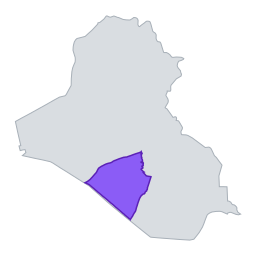 Al-Najaf, An-Najaf, Iraq (highlighted)
{"feature_id": "34846034B29737598200853", "entity_name": "Al-Najaf", "entity_type": "district", "adm_level": 2, "iso_a3": "IRQ", "parent_name": "Iraq", "parent_adm1": "An-Najaf", "projection": "albers", "projection_center": [43.801, 31.101], "detail": "fine", "context": "in_parent", "style": "filled", "palette": "violet", "viewbox_px": 256, "rotation_deg": 0, "n_neighbors": 0, "source": "geoboundaries", "source_scale": "gbopen_adm2", "svg_char_len": 7033}
<svg xmlns="http://www.w3.org/2000/svg" viewBox="0 0 256 256"><path d="M97.9,22.9L100.0,22.3L103.9,19.1L106.2,16.1L107.0,15.9L109.0,16.9L110.5,17.2L113.9,16.0L115.9,16.7L117.5,17.4L118.5,17.5L123.0,19.4L124.2,19.6L126.5,19.9L130.0,20.0L132.2,18.7L133.8,17.5L134.9,17.6L136.0,17.8L136.9,18.3L137.7,19.2L138.1,20.5L137.9,24.6L138.3,25.6L138.9,26.4L139.7,26.6L140.6,25.7L142.3,24.4L144.3,23.0L145.8,21.7L146.7,21.2L148.1,21.2L149.4,21.4L150.2,22.1L150.2,22.3L150.9,24.2L152.8,31.3L153.8,32.2L155.0,32.9L155.8,34.0L156.2,35.0L156.1,36.7L156.1,38.6L156.6,40.1L157.3,41.2L158.0,41.7L158.9,41.8L160.0,42.0L160.8,43.2L163.3,51.3L163.6,52.3L164.6,52.6L166.3,52.5L168.0,53.3L169.8,54.6L171.6,57.0L172.8,57.4L176.4,57.0L181.4,57.3L183.8,58.5L183.5,59.3L181.8,60.2L178.6,61.3L177.7,63.1L177.2,65.4L177.4,66.6L178.2,68.0L180.5,70.8L180.6,71.8L181.0,73.2L181.5,74.1L181.1,76.0L179.0,77.3L176.4,78.8L171.1,85.1L170.7,86.4L170.8,90.1L170.3,91.2L168.6,91.2L167.2,91.0L167.2,92.3L166.3,94.0L165.9,95.5L167.9,99.0L168.3,100.9L168.0,102.6L166.2,105.6L165.1,107.6L165.4,108.0L166.9,108.8L171.5,115.2L173.0,117.4L174.9,116.8L175.6,116.8L176.2,117.2L176.5,117.9L176.6,118.9L176.1,120.4L178.5,120.9L179.5,122.4L182.4,127.4L182.3,128.9L181.0,131.3L181.0,132.8L181.4,134.3L181.8,134.7L186.0,134.9L187.8,135.4L192.3,137.9L197.4,141.7L201.6,144.8L205.2,147.5L208.9,147.1L209.9,147.6L210.9,148.4L212.1,150.7L214.4,155.7L216.3,157.4L219.2,161.4L222.0,165.1L220.5,170.4L218.9,175.9L219.2,182.9L219.3,186.7L223.0,186.7L227.0,186.8L227.2,191.3L227.4,195.8L227.6,201.0L228.9,201.1L230.8,202.2L231.7,203.8L232.7,204.7L234.0,204.8L235.2,205.6L236.5,207.0L237.0,208.1L236.7,208.9L237.0,210.3L237.9,212.2L239.0,213.0L240.6,214.1L238.5,214.8L236.1,214.4L231.1,212.4L229.4,212.4L227.4,213.3L227.3,214.1L221.9,211.7L220.0,211.3L219.3,211.3L216.3,211.4L212.0,212.0L209.5,213.1L207.8,214.3L207.0,215.3L206.8,215.9L205.5,219.1L204.0,223.3L202.5,227.0L199.4,232.2L197.6,234.6L193.9,239.2L189.8,240.1L180.1,239.5L169.4,238.7L158.8,237.9L150.9,237.2L150.3,237.0L142.4,230.7L136.3,225.8L128.6,219.6L120.8,213.2L112.9,206.7L107.2,201.9L100.3,195.8L94.0,190.3L89.1,185.9L82.8,182.0L77.9,178.9L70.8,174.4L65.1,170.8L60.2,167.8L52.8,163.0L50.3,161.7L42.5,159.9L35.1,158.4L27.4,156.7L22.4,155.6L25.9,152.5L25.0,149.6L22.5,150.0L20.2,150.6L19.0,146.0L20.8,145.6L19.4,139.6L18.0,133.5L16.7,127.5L15.4,121.5L21.9,117.9L26.8,115.3L33.7,111.5L40.2,107.9L46.5,104.4L53.3,100.5L59.5,97.1L65.0,95.8L66.2,94.6L68.8,89.7L71.1,85.6L71.2,84.6L71.3,78.6L71.9,71.5L72.7,67.8L74.0,64.5L75.1,62.1L75.3,59.8L75.2,57.5L74.1,54.0L73.0,50.3L73.2,46.8L73.5,45.0L74.3,42.0L75.6,39.8L77.0,38.5L82.2,37.2L85.2,36.4L89.3,32.6L91.8,30.4L95.2,26.8L97.7,24.1L97.9,23.2L97.9,22.9Z" fill="#d9dde1" stroke="#a8b0b8" stroke-width="1"/><path d="M144.1,172.1L143.4,171.7L142.8,171.0L141.9,170.2L141.6,169.9L141.5,169.7L141.1,169.2L141.3,168.9L141.6,168.8L141.7,168.6L142.0,168.4L142.4,168.2L142.6,168.2L142.9,167.9L142.6,167.3L142.2,166.9L141.9,166.2L142.1,166.1L142.6,165.9L143.1,165.8L143.2,165.7L143.0,165.3L143.1,164.9L143.0,164.6L143.2,164.3L143.3,163.8L143.3,163.3L143.3,162.9L143.0,162.7L142.7,162.4L142.1,162.4L142.1,162.7L141.9,162.6L141.5,162.6L141.2,162.5L141.1,162.3L141.4,162.3L141.6,162.4L141.8,162.4L141.9,162.1L142.0,161.5L142.2,161.4L142.5,161.4L142.6,161.2L142.4,160.5L142.4,159.9L142.2,159.4L141.9,158.8L141.7,158.4L141.5,157.8L141.8,157.6L141.7,157.3L141.6,157.1L141.5,156.7L141.4,156.4L141.4,156.1L141.3,155.9L141.4,155.6L141.4,155.4L141.4,155.1L141.3,154.9L141.2,154.7L141.1,154.4L141.1,154.2L141.3,154.1L141.5,154.1L141.7,153.9L141.9,153.9L142.0,153.7L142.1,153.4L141.9,153.1L141.8,152.9L141.7,152.6L141.5,152.3L141.3,151.9L141.2,151.6L141.0,151.9L140.9,152.2L140.8,152.4L140.7,152.6L140.6,152.8L140.3,152.7L140.2,152.6L140.0,152.4L139.8,152.5L139.6,152.5L139.2,152.7L139.0,152.8L138.1,153.0L136.7,153.5L136.1,153.6L135.9,153.7L135.2,154.0L134.1,154.3L133.8,154.5L133.4,154.6L132.9,154.8L132.3,155.0L131.6,155.3L130.5,155.7L129.5,156.0L128.7,156.3L128.0,156.5L127.1,156.9L126.7,157.0L126.3,157.1L126.1,157.1L125.5,157.1L124.8,157.2L124.4,157.3L123.8,157.3L123.4,157.4L123.0,157.5L122.6,157.7L121.8,157.9L121.1,158.2L120.6,158.3L120.0,158.5L119.4,158.7L118.6,159.0L117.9,159.3L117.1,159.6L116.6,159.8L116.2,160.0L115.7,160.2L115.0,160.4L114.8,160.6L114.5,160.6L114.1,160.8L113.6,161.0L113.1,161.3L112.5,161.7L111.9,162.2L111.5,162.4L111.0,162.6L110.5,162.8L110.1,162.9L109.4,163.1L108.9,163.2L108.2,163.3L107.6,163.5L107.1,163.7L106.7,163.8L105.6,164.2L105.1,164.5L104.5,164.7L104.0,165.0L103.5,165.3L102.9,165.6L102.5,165.8L102.0,166.0L101.3,166.4L100.4,167.0L99.6,167.5L99.1,167.8L98.9,168.0L98.7,168.3L98.4,168.5L98.3,168.8L98.0,169.3L97.7,169.8L97.3,170.5L97.1,171.1L96.7,171.8L96.6,172.0L96.2,172.6L95.9,173.0L95.7,173.2L95.4,173.6L95.0,173.9L94.7,174.3L94.2,174.9L93.9,175.2L93.4,175.8L92.9,176.4L92.1,177.3L91.5,177.9L90.6,178.9L90.3,179.3L89.9,179.6L89.4,180.0L88.5,180.7L87.9,181.1L87.4,181.5L86.4,182.0L85.7,182.4L85.1,182.7L85.5,182.9L86.6,183.4L88.8,184.5L89.4,184.8L89.7,185.1L90.3,185.6L91.5,186.6L92.4,187.4L93.7,188.4L95.6,190.1L96.8,191.1L98.0,192.2L98.9,192.9L101.2,194.8L102.5,196.0L104.3,197.4L107.1,199.7L107.9,200.4L109.5,201.8L111.2,203.3L111.8,203.7L112.9,204.6L113.8,205.4L114.8,206.3L115.5,207.0L116.8,208.0L117.8,208.9L118.2,209.2L118.9,209.8L119.7,210.5L120.4,211.1L121.3,211.9L121.9,212.4L122.5,213.0L123.3,213.6L124.3,214.4L124.7,214.8L124.9,215.0L125.0,215.2L125.2,215.4L125.4,215.6L125.6,215.6L125.8,215.8L126.2,216.1L126.4,216.3L126.7,216.6L127.0,216.8L127.2,217.0L127.6,217.2L127.8,217.4L127.9,217.5L128.1,217.7L128.4,217.9L128.6,218.2L128.8,218.3L129.0,218.5L129.3,218.7L129.6,218.9L129.8,219.0L130.1,219.3L130.3,219.6L130.4,219.4L130.6,219.1L130.8,218.8L130.9,218.6L131.0,218.4L131.3,218.0L131.6,217.6L131.8,217.2L132.1,216.8L132.5,216.3L132.6,216.0L132.7,215.8L132.8,215.6L133.0,215.3L133.1,215.0L133.4,214.5L133.6,214.1L133.8,213.7L134.0,213.4L134.2,213.1L134.5,212.6L134.8,212.3L135.0,211.9L135.3,211.5L135.5,211.1L135.6,210.9L135.6,210.7L135.8,210.2L135.9,209.9L136.0,209.6L136.1,209.0L136.3,208.2L136.5,207.6L136.5,207.2L136.7,206.9L136.8,206.7L136.9,206.2L137.2,205.5L137.4,204.6L137.7,203.8L137.9,203.0L138.3,201.9L139.1,199.7L139.5,198.7L139.6,198.4L139.8,198.0L140.1,197.5L140.3,197.2L140.6,196.6L140.8,196.2L141.1,196.0L141.2,195.8L141.5,195.5L141.9,195.2L142.1,194.9L142.3,194.7L142.5,194.6L142.7,194.4L143.0,194.2L143.3,194.0L143.8,193.9L144.1,193.9L144.3,193.8L144.4,193.7L144.6,193.5L144.7,193.4L144.8,193.3L144.9,193.0L144.9,192.7L145.0,192.5L145.4,191.9L145.6,191.7L145.9,191.3L146.0,191.3L146.3,191.2L146.5,191.0L146.7,190.8L146.7,190.2L147.3,189.3L147.4,188.5L147.4,187.7L147.5,187.6L148.0,186.0L148.3,185.2L148.6,184.2L149.0,183.1L149.3,182.0L149.5,181.4L150.1,179.5L150.7,177.7L150.9,177.1L151.0,176.7L150.7,176.6L150.3,176.6L150.0,176.5L149.1,176.4L147.8,176.2L146.6,175.9L146.2,175.8L146.0,175.5L145.7,175.2L145.3,174.7L143.9,173.2L143.3,172.6L143.6,172.4L144.1,172.1L144.1,172.1Z" fill="#8b5cf6" stroke="#5b21b6" stroke-width="1.5"/></svg>